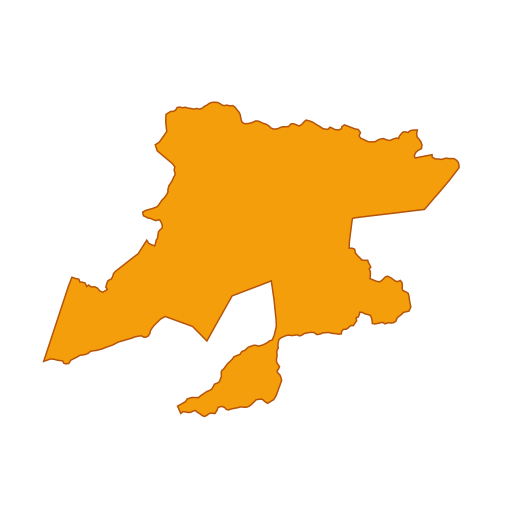 Feira de Santana, Bahia, Brazil, rotated 292°
{"feature_id": "56859067B66827602961148", "entity_name": "Feira de Santana", "entity_type": "district", "adm_level": 2, "iso_a3": "BRA", "parent_name": "Brazil", "parent_adm1": "Bahia", "projection": "albers", "projection_center": [-39.059, -12.2], "detail": "fine", "context": "isolated", "style": "filled", "palette": "amber", "viewbox_px": 512, "rotation_deg": 292, "n_neighbors": 0, "source": "geoboundaries", "source_scale": "gbopen_adm2", "svg_char_len": 5782}
<svg xmlns="http://www.w3.org/2000/svg" viewBox="0 0 512 512"><g transform="rotate(292 256 256)"><path d="M87.4,239.5L81.8,245.3L84.4,246.6L85.1,249.5L85.5,251.6L86.3,253.7L88.5,255.6L90.0,257.6L89.2,260.1L88.7,263.1L87.9,265.9L87.9,268.4L89.7,270.0L92.2,271.5L93.6,273.4L94.5,276.9L98.2,277.7L101.4,277.5L103.7,280.5L103.8,283.7L102.6,285.9L103.0,288.2L104.6,290.0L106.9,293.4L108.8,296.3L110.4,298.4L111.2,301.2L112.2,303.8L114.1,305.9L116.1,307.1L119.6,308.7L122.7,309.9L124.5,312.8L125.5,315.7L124.4,318.5L123.7,321.9L129.4,326.2L134.1,327.0L150.2,326.4L153.2,324.2L154.8,322.5L155.7,320.2L157.2,318.6L159.2,319.1L162.2,319.3L164.0,316.5L165.6,314.7L168.3,313.5L171.6,312.9L174.1,311.5L176.7,310.8L178.9,311.2L181.4,309.8L184.2,309.0L187.2,308.6L189.9,310.1L191.5,311.7L193.4,313.6L194.8,315.8L195.7,319.2L197.1,321.6L198.4,323.7L198.1,325.9L199.4,327.9L202.1,329.7L203.8,332.2L205.6,335.1L206.8,338.5L205.9,341.9L207.8,344.9L209.7,346.7L211.2,349.7L212.3,352.1L212.6,354.3L213.1,356.7L213.9,359.0L214.3,361.4L215.6,364.2L218.4,363.7L220.7,364.5L222.0,367.2L224.0,368.5L226.8,369.7L227.9,372.3L230.3,372.8L233.5,373.6L236.4,372.0L237.8,373.7L240.1,373.7L242.8,373.3L243.5,375.5L243.2,378.6L243.5,381.0L243.8,384.2L241.5,386.6L239.1,388.1L237.0,389.2L237.5,391.6L239.5,394.8L241.9,398.1L241.4,401.1L243.6,403.4L244.6,406.7L245.8,408.6L247.9,410.1L251.8,410.1L255.4,412.3L259.2,414.1L260.5,416.0L262.1,418.4L266.7,418.7L270.5,416.1L273.7,414.2L276.6,412.5L278.5,411.0L278.9,408.5L279.0,405.1L280.6,403.7L283.3,402.8L285.9,401.5L287.4,398.9L285.1,396.7L285.1,394.0L286.3,389.3L286.6,385.5L284.6,383.5L281.9,382.5L280.0,381.5L278.3,380.2L277.7,377.2L277.7,372.8L277.7,370.1L281.0,369.3L284.5,367.8L286.4,365.7L288.5,366.7L290.1,365.0L292.0,362.7L293.9,361.1L292.6,358.3L292.0,355.6L293.0,353.4L294.1,350.7L295.8,347.3L299.3,344.9L299.2,342.0L298.1,339.5L304.3,337.2L315.0,334.4L320.3,333.0L323.7,332.1L326.8,331.4L328.2,333.0L329.3,335.0L330.7,337.4L333.2,342.0L334.7,344.6L338.2,351.0L342.9,359.6L347.7,368.4L355.5,382.4L362.3,394.8L375.6,399.2L380.4,400.9L385.7,402.7L398.8,407.0L414.0,411.2L416.9,409.8L418.6,408.4L419.8,406.4L420.5,403.2L419.3,400.1L418.5,398.1L418.1,395.9L416.7,393.9L415.1,392.0L414.4,389.2L413.1,385.6L413.8,382.2L415.9,381.3L406.5,366.8L408.5,365.1L412.2,365.5L414.9,366.9L417.4,369.2L420.9,368.4L423.5,366.3L425.4,363.4L426.8,360.6L430.1,359.0L433.3,358.4L431.9,355.2L430.9,353.3L429.5,351.6L427.4,350.9L427.2,348.5L426.2,346.0L423.5,344.8L420.6,344.0L418.4,344.2L418.0,342.0L416.5,340.2L415.1,338.6L413.4,337.1L412.7,334.5L412.6,330.0L410.8,327.2L409.1,325.5L406.6,323.6L405.2,320.7L404.0,317.3L404.3,313.1L404.4,308.8L406.0,306.6L409.6,306.6L411.6,303.4L410.9,299.8L410.9,296.3L410.8,292.3L410.7,288.8L408.1,287.2L406.0,287.5L403.9,285.6L402.8,281.9L403.1,278.7L403.2,276.4L400.2,275.1L399.7,272.7L399.1,270.6L399.7,268.1L400.2,265.2L400.6,262.0L401.3,258.8L401.3,255.4L400.8,251.5L398.5,250.3L395.5,249.3L392.8,247.5L392.7,243.8L392.7,240.9L391.4,238.8L388.3,237.8L387.1,235.4L385.8,232.3L384.2,230.3L382.4,228.7L381.1,226.7L380.3,224.7L380.3,221.9L381.5,219.0L382.0,216.0L381.7,213.4L381.8,211.1L382.0,208.0L381.2,205.2L379.4,203.5L377.5,201.5L375.7,198.8L374.4,195.9L374.7,193.2L376.7,191.2L378.8,189.9L381.0,188.5L383.0,186.4L384.4,183.7L386.0,181.0L386.8,178.2L385.4,175.6L385.0,172.4L383.7,170.6L383.2,168.3L383.7,166.0L384.0,163.2L383.4,160.9L382.3,158.2L380.2,155.6L377.3,153.8L375.2,151.9L372.9,150.8L370.8,148.3L370.7,145.9L369.0,143.6L368.4,140.3L367.6,137.3L367.4,134.6L366.0,132.5L365.5,129.5L364.2,127.3L361.1,126.8L359.1,125.1L358.1,122.8L355.6,120.9L353.5,119.5L346.2,122.2L338.0,126.6L333.3,125.6L331.0,125.0L325.3,123.7L321.4,120.9L316.5,125.0L310.4,143.7L308.2,147.4L305.2,147.8L303.0,149.5L301.0,150.6L298.2,150.1L294.5,150.1L290.8,149.4L288.5,148.9L286.4,149.2L284.3,149.5L282.4,150.4L279.3,150.1L275.8,149.3L272.4,147.8L269.5,147.2L266.7,146.6L264.5,145.8L262.9,144.0L261.3,142.3L259.9,140.5L258.6,138.7L256.8,136.5L254.3,134.5L251.1,136.5L251.0,139.6L250.7,141.8L251.3,144.0L251.2,146.9L251.3,149.8L253.5,153.1L251.2,156.0L248.8,157.9L246.7,158.4L244.2,157.2L241.9,156.5L238.9,157.2L235.6,158.0L233.2,157.5L230.5,158.1L227.4,158.3L227.3,154.9L227.6,151.7L229.7,148.8L214.0,145.9L209.5,143.2L188.9,131.3L186.2,130.5L183.6,130.8L180.6,130.5L177.7,128.0L174.1,128.0L170.7,128.5L169.4,130.7L167.5,129.5L165.0,127.5L165.1,124.2L166.9,120.9L167.0,117.9L165.6,114.7L166.4,111.7L164.3,110.5L166.9,107.7L166.7,105.0L166.0,102.3L168.2,100.4L167.5,96.9L167.4,93.3L158.0,93.4L78.7,98.6L81.6,101.8L83.7,104.3L84.7,108.0L85.0,111.0L85.6,113.3L86.3,116.0L84.6,117.9L84.8,120.3L86.2,122.6L90.0,123.3L92.5,125.5L95.6,128.2L98.0,130.0L99.4,132.6L101.2,135.2L103.4,137.2L105.4,138.1L107.0,140.3L108.7,143.5L110.5,145.9L112.6,148.6L114.9,150.9L117.1,153.4L119.0,155.6L121.0,157.5L123.3,159.4L124.9,160.9L126.5,162.9L127.8,164.6L130.9,168.5L133.6,172.0L135.2,173.5L137.6,176.9L139.0,179.6L138.7,182.0L139.3,184.1L141.4,186.0L144.5,186.6L147.2,186.1L150.6,186.7L153.3,187.5L156.9,189.0L159.6,190.2L161.7,191.1L164.0,192.9L165.9,194.5L166.9,223.6L161.0,237.2L158.8,242.3L177.4,244.6L210.1,248.8L231.6,272.0L234.7,275.3L238.7,279.5L222.2,289.1L204.4,298.5L198.4,301.2L189.4,302.6L184.2,302.5L182.1,300.1L180.2,299.1L178.0,297.4L175.7,295.2L173.3,292.0L173.2,289.7L172.5,287.5L170.6,285.3L168.5,282.9L166.3,281.9L164.3,281.0L162.1,278.6L158.8,278.0L156.0,275.0L154.3,273.3L151.2,272.6L148.3,271.3L145.6,270.0L142.1,269.1L139.2,268.4L136.7,267.1L134.4,267.6L131.3,269.1L127.9,269.0L125.7,269.2L123.6,267.7L121.6,265.5L118.8,265.3L115.9,264.8L113.8,263.2L111.8,261.1L109.4,259.5L107.2,258.0L105.3,256.7L103.2,255.8L101.9,252.4L100.8,249.6L99.3,247.6L97.6,245.7L94.6,245.2L91.0,242.4L87.4,239.5Z" fill="#f59e0b" stroke="#b45309" stroke-width="1.5"/></g></svg>